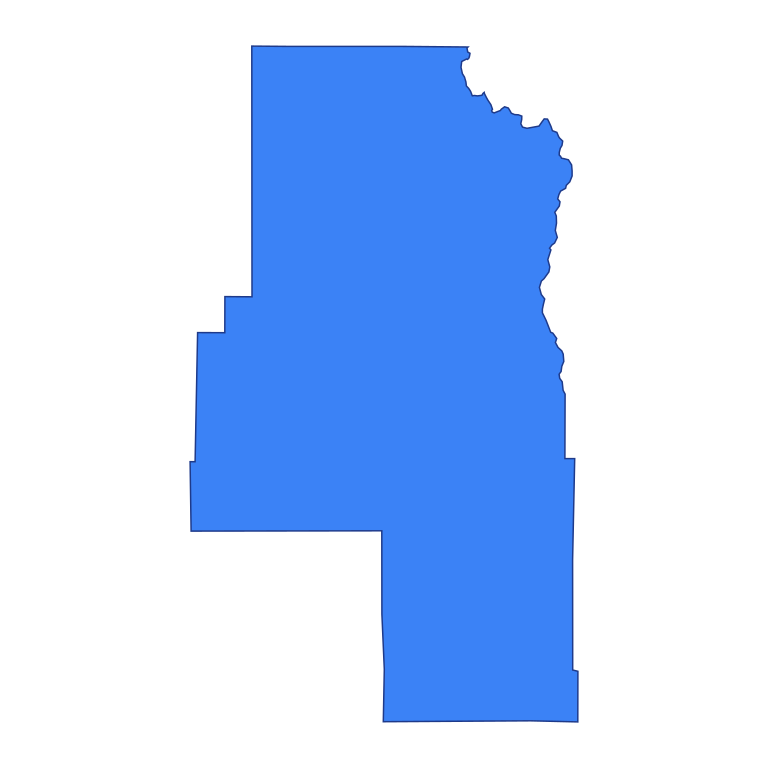 Routt, Colorado, United States of America
{"feature_id": "52423323B89811146256412", "entity_name": "Routt", "entity_type": "district", "adm_level": 2, "iso_a3": "USA", "parent_name": "United States of America", "parent_adm1": "Colorado", "projection": "albers", "projection_center": [-106.78, 40.461], "detail": "fine", "context": "isolated", "style": "filled", "palette": "blue", "viewbox_px": 768, "rotation_deg": 0, "n_neighbors": 0, "source": "geoboundaries", "source_scale": "gbopen_adm2", "svg_char_len": 1723}
<svg xmlns="http://www.w3.org/2000/svg" viewBox="0 0 768 768"><path d="M468.0,47.0L400.9,46.4L287.8,46.4L251.8,46.1L252.0,296.8L224.9,296.6L224.8,332.7L197.6,332.6L195.1,461.7L190.1,461.7L191.1,531.1L381.8,530.8L381.9,614.2L384.3,669.3L383.3,721.7L530.7,720.8L577.8,721.9L577.8,718.1L577.9,671.3L572.7,670.0L572.6,559.8L574.7,458.6L564.9,458.6L565.1,394.1L563.1,390.3L562.2,381.8L559.7,378.3L559.1,374.2L561.1,371.5L561.8,366.3L563.8,361.4L563.2,354.1L561.8,350.9L558.0,347.4L555.4,342.5L556.7,338.5L552.8,333.1L550.7,332.3L549.5,329.2L546.1,320.4L542.4,312.8L542.4,309.1L543.3,304.7L544.7,299.0L541.3,294.5L539.4,287.4L541.4,281.0L544.0,278.7L548.9,271.9L549.8,266.9L547.8,259.6L550.9,249.9L549.5,248.2L551.9,245.0L554.6,243.0L557.3,237.4L555.3,230.5L556.5,223.1L556.3,216.0L554.8,212.3L559.3,206.0L560.0,201.8L557.7,198.9L558.9,194.6L560.6,191.1L565.6,188.3L566.3,185.3L569.8,181.8L572.1,176.0L572.1,170.9L571.6,164.9L568.4,159.8L564.1,158.7L561.5,158.2L560.6,156.4L559.2,155.0L559.3,152.3L560.3,148.3L562.0,145.4L562.7,141.1L559.6,138.1L558.6,136.6L556.9,132.4L552.4,130.7L551.0,126.5L548.8,121.6L547.5,119.1L544.2,118.9L542.1,121.7L539.0,126.1L527.0,128.3L522.5,127.1L520.8,123.7L521.7,119.6L521.8,116.1L518.4,114.8L514.7,114.6L511.3,113.2L510.3,111.3L508.3,108.0L504.6,106.8L501.3,109.2L500.4,110.5L497.5,111.6L494.2,112.9L492.3,112.2L491.6,110.6L492.5,109.3L490.9,104.7L487.9,100.2L486.4,97.5L484.4,93.5L484.2,92.4L483.0,93.4L481.9,95.3L477.4,95.9L474.5,95.5L472.3,95.8L471.9,94.8L470.6,91.4L468.7,88.4L466.4,86.0L465.9,81.9L464.5,77.1L462.4,73.7L461.0,67.3L461.7,61.5L466.6,59.0L467.6,59.4L469.0,57.9L469.5,56.2L470.0,53.3L467.7,52.0L467.0,48.0L468.0,47.0Z" fill="#3b82f6" stroke="#1e3a8a" stroke-width="1.5"/></svg>